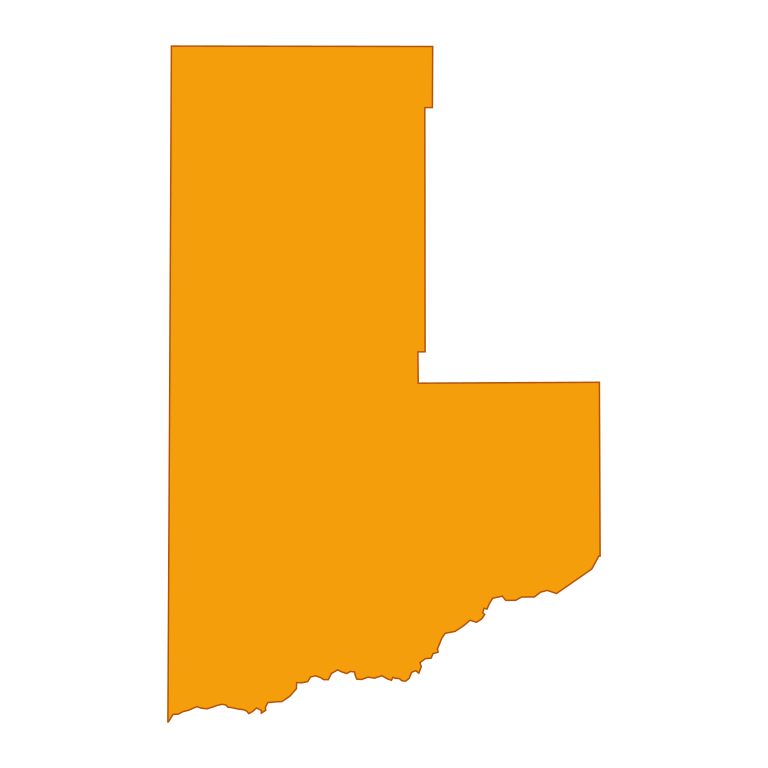 the district of Ziebach, South Dakota, United States of America
{"feature_id": "52423323B99291223810848", "entity_name": "Ziebach", "entity_type": "district", "adm_level": 2, "iso_a3": "USA", "parent_name": "United States of America", "parent_adm1": "South Dakota", "projection": "orthographic", "projection_center": [-101.612, 44.992], "detail": "fine", "context": "isolated", "style": "filled", "palette": "amber", "viewbox_px": 768, "rotation_deg": 0, "n_neighbors": 0, "source": "geoboundaries", "source_scale": "gbopen_adm2", "svg_char_len": 1354}
<svg xmlns="http://www.w3.org/2000/svg" viewBox="0 0 768 768"><path d="M169.9,351.5L167.9,721.9L168.5,721.8L173.0,714.4L178.3,714.1L182.6,711.8L188.6,710.2L196.9,706.6L201.4,708.2L207.2,708.8L212.1,707.2L217.9,705.2L222.1,704.3L225.7,704.9L228.0,707.2L231.9,707.6L237.5,708.9L243.8,709.8L246.8,711.1L248.8,713.6L252.6,711.5L256.5,708.0L261.4,710.5L261.3,713.1L265.7,710.4L265.4,707.3L267.8,702.6L276.2,701.8L281.8,701.6L289.8,696.2L296.5,688.6L296.6,682.6L301.6,682.8L307.7,681.6L310.5,677.0L315.6,675.8L321.0,677.7L323.5,679.6L328.3,679.7L331.4,673.5L337.6,669.9L342.3,672.1L346.8,673.5L350.3,671.5L354.6,671.9L355.1,674.9L356.7,679.1L361.5,679.5L368.2,677.1L374.5,678.2L381.8,675.7L387.7,679.0L391.5,680.3L392.8,677.3L395.4,678.3L399.4,678.6L401.9,680.8L405.7,681.1L409.2,678.3L411.6,672.3L415.8,670.7L418.8,673.2L421.3,666.6L419.9,662.7L425.2,658.7L431.2,658.1L432.9,653.7L438.1,652.2L437.5,648.9L441.8,638.2L445.2,633.3L455.1,631.4L464.3,625.2L470.1,620.2L476.4,622.3L481.5,619.1L484.7,614.6L482.7,612.7L484.1,608.2L487.0,609.1L489.2,604.0L492.7,598.2L502.3,596.2L505.8,600.4L515.7,600.3L521.4,597.1L534.5,596.9L540.6,592.1L547.3,590.4L556.5,593.5L591.8,569.0L598.8,556.1L600.1,556.1L599.4,382.3L418.2,383.2L417.9,351.9L425.1,351.8L424.8,107.6L432.4,107.6L432.7,46.5L171.4,46.1L169.9,351.5Z" fill="#f59e0b" stroke="#b45309" stroke-width="1.5"/></svg>